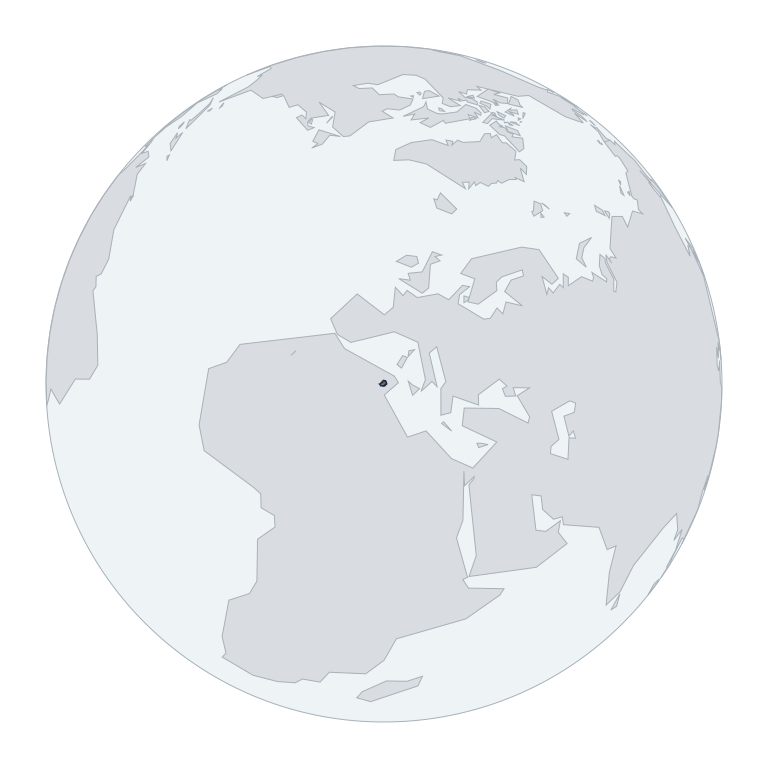 Kassérine on an orthographic globe, rotated 39°
{"feature_id": "TUN-110", "entity_name": "Kassérine", "entity_type": "Governorate", "adm_level": 1, "iso_a3": "TUN", "parent_name": "Tunisia", "parent_adm1": "", "projection": "orthographic", "projection_center": [8.892, 35.211], "detail": "medium", "context": "on_globe", "style": "filled", "palette": "slate", "viewbox_px": 768, "rotation_deg": 39, "n_neighbors": 0, "source": "natural_earth", "source_scale": "10m", "svg_char_len": 11054}
<svg xmlns="http://www.w3.org/2000/svg" viewBox="0 0 768 768"><g transform="rotate(39 384 384)"><circle cx="384" cy="384" r="338" fill="#eef3f6" stroke="#a8b0b8"/><path d="M208.2,95.4L220.8,88.7L211.6,93.9L218.6,90.5L230.5,84.2L236.6,80.9L276.5,67.4L317.1,56.2L326.5,52.7L327.2,54.2L342.5,48.8L360.2,46.9L361.1,46.9L342.0,49.3L341.6,50.0L356.1,48.1L358.8,48.6L367.3,48.2L369.2,49.2L357.2,51.6L358.2,52.6L368.4,51.4L376.7,52.3L361.6,53.7L374.6,55.7L356.9,62.1L314.9,68.7L307.1,76.1L269.0,94.2L274.5,94.6L263.5,102.9L265.7,106.7L258.0,109.8L266.4,110.3L273.0,106.8L278.9,106.1L280.9,108.3L271.4,112.3L269.0,111.8L267.2,114.2L261.7,115.4L265.5,116.1L253.8,121.3L268.1,119.6L261.1,126.7L252.6,129.3L250.0,124.4L223.9,121.2L214.6,123.9L203.9,131.7L190.9,155.2L182.0,160.6L172.3,171.4L178.8,170.0L188.6,161.3L198.2,162.2L209.2,152.4L214.7,151.7L227.2,144.2L228.9,150.6L223.8,161.2L213.4,168.0L210.9,173.2L223.7,171.5L207.2,189.9L201.4,212.6L196.7,217.3L182.3,216.6L174.9,203.4L156.3,205.8L171.9,210.1L160.1,223.2L159.6,228.1L162.4,231.3L168.3,228.8L165.0,234.9L148.3,232.1L151.0,226.5L156.3,227.1L152.7,221.5L141.3,221.2L136.2,228.7L124.5,223.0L120.7,228.6L116.0,231.0L122.8,222.2L110.3,238.3L95.7,239.3L78.3,268.7L91.5,238.6L93.8,228.8L95.0,220.4L92.0,224.9L97.7,209.8L95.9,208.6L85.0,226.7L83.1,230.2L96.1,207.0L111.0,184.9L127.5,164.1L145.5,144.6L165.1,126.6L186.0,110.1L208.2,95.4ZM73.6,250.4L69.4,261.7L72.6,256.1L71.4,263.9L62.0,282.9L58.3,303.7L52.8,321.8L50.3,337.1L50.9,343.0L50.8,356.9L54.3,351.6L58.4,355.5L54.8,371.9L59.9,362.7L60.2,376.2L70.5,395.7L68.8,397.9L76.9,434.0L91.5,460.3L94.9,476.3L92.6,481.5L99.0,489.8L99.1,494.7L129.8,525.8L149.8,549.5L152.1,565.6L141.0,574.4L144.5,603.7L128.3,597.6L133.2,607.6L135.6,613.1L119.5,594.3L104.9,574.5L91.7,553.6L80.1,531.8L70.1,509.2L61.8,486.0L55.3,462.2L50.4,438.0L47.4,413.5L46.1,388.8L47.7,379.0L50.1,353.9L50.3,346.3L48.8,350.0L52.2,321.1L57.2,299.4L63.0,278.4L73.6,250.4ZM73.2,277.2L69.4,310.3L66.7,300.9L68.1,300.5L70.1,289.9L72.1,275.6L71.2,268.8L73.2,277.2ZM82.3,270.5L82.6,266.0L83.0,269.2L82.3,270.5ZM238.9,79.6L230.4,84.1L218.7,90.1L225.4,86.2L238.9,79.6ZM261.6,70.3L258.4,72.0L251.0,74.3L255.2,72.6L261.6,70.3ZM332.6,50.7L325.1,52.2L331.4,50.7L332.6,50.7ZM368.1,48.1L369.4,47.7L373.3,47.8L368.1,48.1ZM225.5,141.4L226.3,142.8L223.5,143.4L225.5,141.4ZM230.1,137.0L226.3,136.8L227.9,134.7L230.2,134.9L230.1,137.0ZM379.8,49.6L385.6,50.2L377.6,49.9L379.8,49.6ZM234.4,137.9L231.3,131.1L234.3,127.6L245.6,125.6L234.4,137.9ZM387.7,50.9L402.0,53.3L406.1,52.4L402.7,57.2L391.6,53.0L381.1,52.5L387.5,51.9L387.7,50.9ZM274.3,104.9L267.4,108.6L271.4,103.6L274.3,104.9ZM275.4,101.9L279.4,89.1L290.6,85.2L287.0,89.9L300.1,83.9L303.6,88.2L297.2,92.5L289.3,94.0L296.7,94.6L275.4,101.9ZM398.6,59.9L400.3,61.2L396.2,60.4L398.6,59.9ZM281.6,105.4L281.4,102.9L291.1,99.3L293.3,103.7L289.4,103.4L281.6,105.4ZM301.8,80.5L309.4,78.9L314.4,81.8L318.0,81.7L304.7,88.0L301.8,80.5ZM288.2,105.3L294.1,106.1L291.3,109.9L282.5,107.7L288.2,105.3ZM292.7,96.6L297.4,95.2L295.5,97.3L292.7,96.6ZM284.6,125.1L284.1,121.6L289.1,119.3L284.6,125.1ZM296.5,106.1L297.5,104.8L299.4,103.7L302.6,105.1L296.5,106.1ZM309.1,89.9L309.6,91.7L314.8,87.4L318.7,89.9L309.1,93.8L314.9,93.2L316.1,94.0L307.0,96.4L309.1,89.9ZM311.7,103.1L300.9,109.8L300.6,116.4L296.1,118.5L297.3,107.5L311.7,103.1ZM309.7,98.9L309.9,101.9L304.2,102.7L300.6,101.2L309.7,98.9ZM324.8,90.3L321.3,85.5L323.5,84.8L324.8,90.3ZM312.7,104.8L315.3,103.3L313.4,105.2L312.7,104.8ZM322.4,94.5L320.8,92.7L323.4,92.0L322.4,94.5ZM321.8,101.8L318.3,103.8L315.7,102.7L321.8,101.8ZM323.0,98.3L326.9,97.8L316.9,101.0L321.9,97.6L323.0,98.3ZM325.1,94.1L326.1,93.1L325.3,94.9L325.1,94.1ZM333.6,105.3L321.7,109.7L316.0,107.0L328.4,103.0L333.6,105.3ZM625.2,147.4L631.1,153.6L622.7,145.2L623.3,146.8L617.3,141.3L627.6,153.4L619.4,146.2L631.4,160.0L636.1,163.2L630.1,154.5L644.0,170.7L648.6,174.1L656.9,184.7L674.8,211.8L681.9,224.6L691.9,245.9L694.4,251.4L693.5,251.6L699.7,268.4L706.8,283.9L716.0,320.9L714.9,315.8L712.6,316.0L717.5,338.6L719.5,343.5L721.1,360.3L719.7,348.9L718.8,348.4L715.2,329.7L707.1,309.2L707.7,323.1L704.0,312.4L692.9,300.5L691.6,320.3L692.1,368.0L698.2,396.9L695.7,416.0L677.5,388.2L666.2,363.7L661.7,372.3L641.3,360.1L612.0,380.4L606.1,375.0L600.9,382.4L586.3,381.7L576.6,372.1L568.5,377.1L594.1,402.0L602.5,396.7L607.1,379.2L612.8,389.6L626.7,392.8L617.7,430.6L571.2,480.1L563.8,459.4L513.5,409.0L513.4,401.2L513.1,400.4L512.3,399.1L510.6,412.3L501.0,401.5L531.0,440.1L537.2,458.0L570.6,481.7L568.2,486.3L578.0,489.5L606.1,467.6L606.9,475.0L595.4,515.0L554.0,574.2L557.9,598.6L552.2,620.7L522.9,642.4L521.9,655.9L506.3,664.6L503.0,672.1L488.4,682.3L465.4,692.8L430.1,698.0L430.6,692.6L417.1,682.1L399.5,649.6L411.3,631.5L409.3,617.2L383.4,584.2L389.3,563.7L381.7,555.2L366.4,557.5L357.3,546.9L347.7,546.4L286.2,549.0L266.0,532.1L238.1,482.4L248.1,466.0L247.2,443.8L313.9,375.5L331.0,381.3L386.9,371.4L394.4,373.9L391.1,392.4L435.7,410.5L446.2,394.0L483.3,399.5L505.9,393.5L508.2,358.1L471.1,367.2L461.5,352.2L488.6,330.8L520.5,323.7L517.8,317.8L494.9,309.3L499.5,295.5L486.7,305.5L493.9,310.4L486.1,317.2L479.0,313.2L480.9,308.2L470.5,307.7L464.1,333.0L470.8,340.8L445.2,350.0L453.9,364.2L447.9,372.5L431.1,351.8L430.6,343.2L401.5,321.9L399.7,331.5L427.0,352.7L419.7,351.8L417.4,366.4L413.4,354.5L384.0,330.2L359.1,337.0L332.1,372.5L316.6,374.8L301.4,366.8L306.5,330.9L340.7,330.0L342.9,318.6L332.0,301.7L343.3,303.3L343.0,296.8L355.5,295.9L369.2,279.9L381.3,277.8L382.9,258.0L389.3,254.5L386.5,267.0L391.1,275.0L420.7,270.8L425.3,266.0L424.0,253.8L432.3,254.7L427.2,243.5L442.4,236.2L419.6,236.2L417.4,223.3L424.4,212.2L419.6,208.3L408.1,226.7L407.2,234.2L413.0,240.4L406.9,262.7L397.6,267.3L388.4,245.1L374.1,249.8L373.2,231.6L404.8,191.0L420.0,182.0L453.0,192.2L451.7,200.8L439.1,201.0L454.2,211.9L451.3,205.6L458.2,206.8L457.9,195.9L462.7,196.3L454.0,185.6L460.0,185.0L465.4,191.7L469.9,176.3L481.3,172.8L479.9,169.3L475.3,166.4L492.8,164.6L491.0,162.1L484.6,161.7L477.0,156.7L470.3,147.4L476.7,147.3L480.0,150.6L496.5,157.8L504.3,167.4L506.2,166.5L501.0,158.3L480.8,149.2L475.0,143.8L484.8,146.8L480.8,145.3L479.9,142.6L485.0,140.0L474.3,136.4L455.7,110.3L463.7,103.8L474.6,108.7L468.3,93.2L477.9,88.9L472.0,88.3L465.0,81.6L461.9,82.8L458.5,82.1L439.2,67.8L439.6,65.0L424.6,60.0L421.5,59.9L420.4,61.5L402.7,57.2L406.1,52.4L412.8,52.7L410.4,50.3L426.1,51.7L438.0,52.5L456.6,56.8L464.4,57.8L462.5,56.8L471.6,58.1L497.0,65.6L484.8,63.5L448.4,57.2L464.0,59.6L462.9,60.6L470.0,62.7L480.8,64.8L480.5,64.0L510.5,78.5L541.4,92.1L533.2,85.3L536.6,85.1L564.6,99.1L612.0,135.6L617.0,139.3L621.3,143.5L625.2,147.4ZM294.7,413.5L293.7,420.3L294.7,413.5ZM557.2,333.4L574.4,326.8L561.6,309.3L567.1,305.6L560.7,301.3L560.5,308.1L544.1,295.8L549.7,286.3L545.0,278.2L539.0,280.1L531.4,299.7L554.9,317.0L553.1,327.3L557.2,333.4ZM70.9,396.1L71.7,401.7L69.7,398.6L70.9,396.1ZM63.9,305.9L64.2,310.4L63.6,315.1L62.8,312.7L63.9,305.9ZM73.1,341.0L74.7,347.1L72.0,343.5L73.1,341.0ZM69.3,315.2L71.7,336.8L66.5,331.8L65.4,318.5L67.6,323.8L69.3,315.2ZM77.0,277.5L76.7,281.3L75.1,283.3L77.0,277.5ZM82.6,272.9L82.3,272.1L83.5,268.5L82.6,272.9ZM161.1,223.3L162.3,223.7L164.0,227.8L160.9,227.9L161.1,223.3ZM185.1,236.4L179.3,246.1L181.3,238.8L175.9,240.2L173.5,227.4L194.3,219.1L185.3,224.8L185.1,236.4ZM176.0,209.1L175.2,217.5L175.3,208.7L176.0,209.1ZM329.2,264.3L334.8,268.4L331.8,276.0L316.4,280.9L320.5,269.8L329.2,264.3ZM343.2,272.8L338.4,250.7L347.7,247.5L343.3,252.9L350.0,253.0L344.7,261.8L358.3,281.3L356.6,289.4L329.2,292.8L339.1,286.8L333.1,282.8L343.2,272.8ZM309.5,207.4L307.6,199.9L330.4,202.3L329.6,209.2L314.3,214.0L306.1,208.7L309.5,207.4ZM255.1,136.7L252.8,135.1L255.5,133.8L259.5,134.0L255.1,136.7ZM284.0,123.6L267.6,142.8L264.2,141.8L258.6,155.4L247.6,158.1L251.5,149.0L238.8,161.8L238.0,154.8L230.4,164.0L240.3,143.5L239.1,138.4L244.7,142.9L254.9,140.4L259.0,137.8L269.4,126.8L271.7,115.3L282.2,111.7L289.0,112.2L290.1,114.4L282.9,115.9L289.5,117.8L279.9,121.7L284.0,123.6ZM362.8,131.5L354.0,130.5L365.6,138.6L356.1,141.0L358.0,141.9L352.4,146.6L349.0,154.0L344.3,154.2L345.0,157.0L341.3,160.5L340.7,164.7L331.9,166.8L330.5,172.1L327.1,170.1L327.0,179.0L323.1,173.5L318.0,178.0L324.4,181.0L278.5,186.3L262.3,194.1L250.8,204.1L245.7,194.3L253.3,179.2L267.4,164.0L283.8,158.3L278.6,155.4L284.9,152.0L286.4,155.8L287.8,148.1L293.4,146.5L305.9,135.3L304.6,126.3L309.1,122.4L312.4,125.1L314.6,119.4L324.0,122.1L327.5,119.6L340.2,120.2L344.6,127.7L348.2,124.3L358.0,125.1L362.8,131.5ZM337.1,105.7L344.6,113.1L343.1,118.4L321.6,115.3L317.1,117.3L303.3,116.3L305.8,108.9L309.5,109.8L313.7,109.0L311.2,111.6L316.4,108.9L321.7,110.2L327.1,108.5L328.0,111.3L337.1,105.7ZM401.1,366.5L406.5,366.8L414.6,365.2L413.3,374.8L401.1,366.5ZM380.7,350.2L385.4,348.7L387.6,360.6L381.9,360.7L380.7,350.2ZM386.1,338.1L385.5,347.7L382.5,342.5L386.1,338.1ZM390.7,265.2L395.4,263.2L396.6,266.0L394.9,270.5L390.7,265.2ZM395.0,159.2L390.3,157.0L391.2,155.4L385.6,147.4L392.2,145.4L398.2,149.4L395.0,159.2ZM503.0,365.6L497.6,373.8L493.6,371.6L496.3,369.2L503.0,365.6ZM454.1,375.8L466.2,378.0L453.6,378.4L454.1,375.8ZM401.3,155.7L398.2,152.5L403.4,153.5L401.3,155.7ZM396.7,143.6L402.5,144.0L392.4,144.2L396.7,143.6ZM600.4,597.1L573.5,639.3L560.3,645.0L560.8,636.7L572.7,613.3L589.0,600.5L597.8,586.9L600.4,597.1ZM721.9,381.8L719.7,369.8L720.4,363.5L721.4,365.1L721.9,381.8ZM699.3,398.6L704.6,410.3L702.6,416.9L699.3,398.6ZM697.8,258.9L699.8,265.0L698.2,261.4L694.6,251.5L697.8,258.9ZM453.1,139.5L453.6,152.4L458.3,161.5L467.7,165.9L454.6,165.7L447.4,151.6L453.1,139.5ZM454.7,113.6L446.4,110.7L449.7,108.9L452.1,109.4L454.7,113.6ZM449.9,114.0L440.2,116.2L435.3,112.6L443.9,111.5L449.9,114.0ZM421.0,134.7L420.6,138.5L416.4,137.4L421.0,134.7ZM566.3,99.5L556.8,93.7L553.6,91.7L566.3,99.5ZM550.7,90.1L553.1,91.7L532.2,83.5L526.2,81.1L538.7,84.1L541.7,86.0L548.0,89.0L550.7,90.1ZM403.3,60.7L400.6,61.1L401.1,60.0L403.3,60.7ZM457.0,82.9L452.5,81.7L453.4,80.1L457.0,82.9ZM440.5,77.9L442.7,80.5L437.7,77.8L440.5,77.9ZM448.1,86.6L442.3,81.6L451.7,86.4L448.1,86.6Z" fill="#d9dde1" stroke="#a8b0b8" stroke-width="1"/><path d="M380.9,386.8L381.0,386.7L380.9,386.0L380.9,385.8L380.9,385.6L381.1,385.3L381.1,384.8L381.2,384.6L381.4,384.4L381.7,383.9L381.8,383.8L381.6,383.7L381.4,383.6L381.2,383.5L381.1,383.3L381.1,383.1L381.1,382.9L381.2,382.7L381.3,382.2L381.3,381.6L381.5,381.5L381.7,381.4L381.8,381.3L382.0,381.3L382.3,381.4L382.5,381.4L382.7,381.2L382.7,380.9L382.8,380.8L382.8,380.7L383.0,380.6L383.5,380.7L384.3,381.1L384.5,381.1L384.8,381.5L385.0,381.6L385.3,381.7L385.5,381.9L385.5,382.0L385.8,382.0L386.0,382.2L386.0,382.3L386.1,382.5L385.9,382.8L385.7,382.9L385.6,383.0L385.5,383.3L385.4,383.3L385.3,383.6L385.2,383.7L385.2,383.8L385.3,383.8L385.7,384.0L385.8,384.0L385.8,384.4L385.8,384.5L385.8,384.8L385.8,385.0L385.7,385.1L385.4,385.1L385.2,385.2L385.0,385.3L384.9,385.5L384.7,385.7L384.7,385.8L384.8,386.0L383.6,386.7L383.4,386.8L383.1,386.9L382.6,387.1L382.5,387.3L382.4,387.4L382.0,387.2L381.9,387.1L381.4,386.9L381.2,386.8L380.9,386.8Z" fill="#64748b" stroke="#1e293b" stroke-width="1.5"/></g></svg>